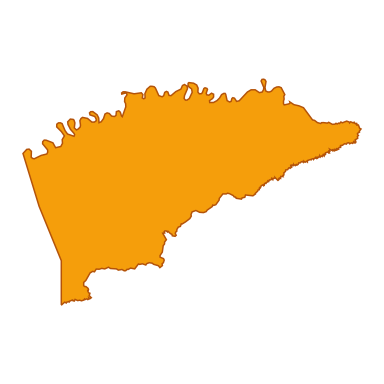 outline of Barranco Mina, Guainía, Colombia
{"feature_id": "7082276B12505915261295", "entity_name": "Barranco Mina", "entity_type": "district", "adm_level": 2, "iso_a3": "COL", "parent_name": "Colombia", "parent_adm1": "Guainía", "projection": "mercator", "projection_center": [-69.213, 3.219], "detail": "fine", "context": "isolated", "style": "filled", "palette": "amber", "viewbox_px": 384, "rotation_deg": 0, "n_neighbors": 0, "source": "geoboundaries", "source_scale": "gbopen_adm2", "svg_char_len": 5932}
<svg xmlns="http://www.w3.org/2000/svg" viewBox="0 0 384 384"><path d="M23.0,153.5L39.1,206.3L61.3,260.7L61.3,304.4L61.7,304.8L64.6,302.2L66.1,302.9L66.1,302.4L68.4,301.7L69.1,302.0L69.2,301.4L72.4,300.0L72.9,300.6L74.1,300.4L73.7,300.9L74.4,301.0L75.1,299.4L77.7,300.6L79.7,300.2L81.5,300.8L83.4,300.2L84.5,299.1L84.7,299.7L86.9,298.8L87.8,299.6L89.0,298.9L88.8,297.9L89.8,298.8L91.3,297.7L89.2,295.6L89.9,293.3L88.9,293.0L87.9,291.4L87.7,290.4L88.3,290.3L88.5,289.4L88.0,288.3L85.8,286.5L84.9,286.6L83.7,285.7L83.7,282.4L85.8,280.5L90.1,272.9L92.6,271.4L94.5,271.8L96.2,269.1L99.3,269.2L101.7,268.4L104.8,268.9L108.5,267.2L110.5,268.5L116.5,268.9L118.3,270.1L122.0,269.5L124.2,270.8L125.7,270.7L127.1,269.3L128.0,269.5L130.6,268.1L134.7,268.9L138.4,264.0L139.7,264.4L142.4,263.8L145.8,265.0L146.6,263.7L149.2,262.7L152.2,263.2L153.6,264.3L158.4,265.7L159.9,267.6L162.4,265.6L162.1,263.8L163.4,262.7L164.2,260.1L163.5,258.6L160.1,257.2L160.0,255.6L162.3,252.1L163.2,245.7L164.5,244.0L164.6,242.0L166.4,239.7L162.7,233.2L164.7,233.0L164.2,231.5L165.0,230.9L166.4,231.0L167.5,232.0L168.0,231.3L170.5,233.7L171.9,234.3L172.3,235.8L175.1,236.3L176.2,235.3L175.3,233.5L175.6,232.2L176.8,231.2L176.8,229.6L178.3,227.1L180.4,226.4L181.3,223.8L182.1,224.0L185.5,221.9L189.8,218.6L191.3,216.1L191.0,214.6L192.1,211.9L195.9,210.5L199.6,212.3L203.5,212.6L206.2,211.6L207.2,210.1L212.2,206.6L212.7,205.1L213.7,205.4L215.8,204.7L219.1,200.1L219.3,198.4L222.9,193.9L226.3,193.9L227.6,193.2L229.6,193.7L233.3,195.6L234.2,196.9L235.6,197.1L236.2,198.3L241.5,199.1L242.1,197.9L244.8,197.3L245.5,195.0L252.9,195.8L255.4,194.0L255.2,193.5L257.7,191.1L258.1,189.9L259.3,189.7L259.3,188.1L259.9,187.4L260.4,187.8L261.2,185.8L262.7,184.9L263.5,185.6L263.6,184.9L264.3,185.1L264.5,183.5L266.0,183.4L265.9,182.8L267.6,181.9L267.8,180.9L268.7,181.5L269.4,179.9L270.7,179.9L271.5,178.9L272.4,179.5L272.2,178.7L272.9,179.2L273.4,178.8L272.8,178.4L275.2,178.1L275.1,177.6L277.7,180.2L278.8,178.7L278.9,179.5L280.1,178.0L280.6,178.3L280.8,176.4L282.9,176.6L282.6,176.1L282.9,175.4L283.6,175.4L284.0,174.0L283.8,172.9L285.5,171.4L285.7,169.9L287.6,169.7L288.8,167.9L289.7,167.7L290.1,168.3L291.8,167.0L290.9,166.3L290.7,165.3L291.5,165.1L291.9,165.7L293.0,164.8L293.5,165.3L293.6,164.5L294.0,165.2L295.1,165.0L295.4,165.5L296.1,164.8L296.3,165.7L296.5,164.6L297.2,165.0L298.2,164.3L298.7,162.9L300.1,162.9L301.4,161.7L302.8,162.0L303.2,161.2L303.7,162.3L304.3,161.5L305.2,162.2L306.6,161.3L307.4,162.0L307.5,160.5L310.6,159.5L311.1,159.9L312.0,158.9L313.4,158.7L313.6,159.4L314.7,158.1L315.5,158.2L315.7,157.5L316.8,158.6L317.6,158.1L317.3,157.2L318.8,157.3L319.3,156.3L319.9,156.8L319.9,155.9L320.5,156.8L321.6,156.0L322.2,156.5L322.8,155.2L323.9,155.9L323.7,155.0L324.4,155.4L324.8,155.0L324.5,154.1L325.5,154.2L325.5,152.8L328.2,151.9L328.6,153.0L329.3,153.0L328.8,152.2L329.8,151.6L329.1,150.6L330.2,150.1L329.8,149.3L331.6,150.3L332.5,149.8L332.8,150.7L333.4,150.2L333.9,150.7L334.2,149.8L334.6,150.7L336.0,150.2L335.6,149.5L336.6,148.9L336.1,148.3L336.9,148.8L337.0,149.9L338.7,149.1L338.3,148.3L339.6,147.3L340.6,147.4L340.8,145.9L339.9,145.6L342.4,145.3L344.6,143.7L346.4,144.1L347.2,143.0L348.9,142.7L349.6,143.8L351.4,142.9L352.6,143.4L353.3,142.3L354.1,143.2L353.6,141.9L353.9,141.5L354.9,143.0L355.5,142.8L355.9,142.0L355.2,139.8L357.7,138.3L357.4,136.4L358.4,135.5L357.6,134.6L357.5,133.4L359.5,132.1L359.2,131.4L361.0,129.0L359.7,128.4L358.4,125.0L357.0,125.1L357.1,124.2L356.1,124.0L356.3,123.4L354.8,123.4L354.1,122.2L353.2,122.9L350.7,121.8L349.6,122.9L349.4,122.1L346.7,121.1L342.3,122.8L340.9,122.0L339.5,123.5L338.6,123.1L337.1,124.0L336.0,123.3L334.8,124.2L332.3,124.3L328.7,122.3L327.4,123.1L323.5,122.6L321.5,122.7L320.7,123.5L317.4,122.6L314.6,120.4L312.5,119.9L303.5,107.7L298.9,105.8L294.0,104.7L289.9,102.0L290.2,102.8L288.9,103.9L284.2,104.9L283.5,103.7L283.5,101.0L284.1,99.1L283.8,96.3L284.8,94.6L281.2,87.7L279.0,86.8L276.7,87.0L274.0,88.3L271.4,91.2L269.4,92.0L267.6,91.9L265.7,90.9L265.0,87.5L266.0,81.5L265.1,79.9L263.8,79.2L262.0,79.4L261.1,81.0L263.8,87.5L263.5,89.8L262.1,92.1L259.3,92.6L255.2,89.8L251.1,89.8L247.4,92.0L239.2,100.8L236.6,101.4L234.5,98.2L232.8,97.7L231.9,98.5L231.1,101.4L229.6,102.0L227.1,100.6L225.7,94.3L225.1,93.4L223.8,93.4L221.6,94.6L219.6,98.0L217.0,100.6L213.5,102.5L209.7,102.5L209.5,100.6L212.5,98.6L213.6,97.0L213.6,94.2L211.5,93.2L208.8,95.2L206.8,94.8L206.2,93.3L207.5,89.3L206.9,88.4L205.0,87.8L203.9,88.5L202.3,92.8L201.2,93.7L199.3,93.8L197.9,92.1L198.1,88.1L196.7,85.0L193.6,83.2L188.9,82.6L188.1,83.3L188.1,85.4L188.7,86.7L191.6,89.0L192.2,92.3L189.3,98.5L187.0,100.1L185.4,100.1L184.1,98.5L184.5,95.6L187.5,88.6L187.1,86.2L184.5,84.5L182.5,85.5L180.9,89.1L175.8,91.6L171.0,95.7L169.0,95.4L167.9,92.1L166.4,91.4L164.7,92.4L163.7,95.7L162.1,96.8L158.8,95.6L155.4,88.0L154.1,86.7L152.0,86.3L150.2,86.3L146.9,89.2L144.9,93.7L145.1,97.9L143.8,98.8L142.3,98.0L142.9,94.6L141.3,92.8L134.1,93.8L125.2,91.8L123.1,91.8L121.6,93.0L121.8,94.1L125.6,93.0L126.6,93.5L127.0,94.8L124.8,98.0L124.6,101.6L125.6,103.6L125.8,106.8L122.3,116.7L121.5,116.0L120.3,112.2L118.8,110.8L116.4,111.6L116.0,115.4L114.5,116.5L111.6,116.1L109.3,113.5L107.1,112.9L105.0,114.0L103.5,118.6L101.2,121.8L99.0,122.7L98.7,118.0L97.1,114.8L92.8,111.6L90.7,111.7L89.5,112.9L90.0,114.9L94.8,116.5L96.2,119.2L96.2,120.7L94.4,122.1L91.9,122.1L87.5,118.4L82.5,117.4L81.0,118.5L79.9,120.7L80.5,125.2L80.2,127.0L78.0,129.2L76.4,129.9L74.3,127.9L74.9,122.9L74.0,120.1L73.2,119.4L70.3,119.1L67.7,121.8L68.0,124.5L70.5,129.4L74.2,133.6L74.6,134.7L74.0,136.3L67.5,134.0L65.1,130.7L62.1,123.6L60.4,122.8L58.4,122.9L56.8,124.2L56.7,126.9L61.4,131.6L64.4,135.9L62.2,139.6L62.5,143.3L60.8,146.5L55.6,147.7L52.9,142.8L46.2,140.2L44.2,140.1L42.7,141.7L42.6,143.8L47.6,149.9L47.7,152.2L46.8,154.0L41.2,155.4L34.2,158.8L32.6,158.4L31.2,157.2L31.4,151.3L29.1,149.1L26.7,149.4L23.0,153.5Z" fill="#f59e0b" stroke="#b45309" stroke-width="1.5"/></svg>